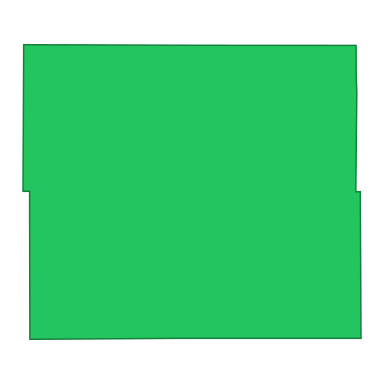 outline of Lincoln, Nebraska, United States of America
{"feature_id": "52423323B56844685522234", "entity_name": "Lincoln", "entity_type": "district", "adm_level": 2, "iso_a3": "USA", "parent_name": "United States of America", "parent_adm1": "Nebraska", "projection": "equal_earth", "projection_center": [-100.713, 41.046], "detail": "fine", "context": "isolated", "style": "filled", "palette": "green", "viewbox_px": 384, "rotation_deg": 0, "n_neighbors": 0, "source": "geoboundaries", "source_scale": "gbopen_adm2", "svg_char_len": 299}
<svg xmlns="http://www.w3.org/2000/svg" viewBox="0 0 384 384"><path d="M23.7,44.7L23.0,191.3L29.6,191.3L29.6,209.7L29.9,339.3L181.8,338.3L361.0,338.3L360.3,191.7L355.8,191.7L356.8,93.1L356.2,75.4L356.1,45.4L351.3,45.4L202.7,45.3L23.7,44.7Z" fill="#22c55e" stroke="#15803d" stroke-width="1.5"/></svg>